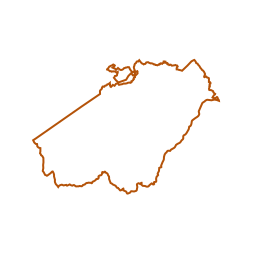 outline of Gualaca, Chiriquí, Panama, rotated 235°
{"feature_id": "35544464B22441081783437", "entity_name": "Gualaca", "entity_type": "district", "adm_level": 2, "iso_a3": "PAN", "parent_name": "Panama", "parent_adm1": "Chiriquí", "projection": "albers", "projection_center": [-82.239, 8.607], "detail": "fine", "context": "isolated", "style": "outline", "palette": "amber", "viewbox_px": 256, "rotation_deg": 235, "n_neighbors": 0, "source": "geoboundaries", "source_scale": "gbopen_adm2", "svg_char_len": 5882}
<svg xmlns="http://www.w3.org/2000/svg" viewBox="0 0 256 256"><g transform="rotate(235 128 128)"><path d="M69.0,121.2L70.0,121.7L70.5,122.1L71.6,123.4L72.2,125.7L72.7,125.9L73.3,125.9L73.6,126.1L75.1,128.8L77.4,130.7L77.3,131.0L77.3,131.5L76.9,132.2L76.9,132.9L78.2,133.6L80.2,136.7L81.2,138.6L81.9,139.5L83.7,140.9L85.3,142.9L85.9,144.5L85.9,145.5L86.4,146.5L86.5,147.1L86.4,147.8L85.1,149.4L85.6,150.8L85.3,153.8L85.3,154.8L85.5,155.6L86.6,157.7L86.6,159.3L86.2,162.0L86.5,163.3L87.1,164.7L87.3,166.5L87.8,167.3L89.4,168.4L89.8,168.9L90.0,169.5L89.8,171.2L90.1,172.5L90.5,173.5L92.2,177.1L94.0,178.9L93.8,180.2L94.3,181.4L95.2,182.5L97.0,184.2L97.3,184.8L97.4,185.5L97.5,188.9L97.4,191.0L97.5,192.4L97.9,193.4L98.3,194.1L98.8,194.5L100.7,195.3L101.2,195.7L105.8,203.2L105.9,204.6L105.8,205.9L106.0,207.0L105.9,208.4L105.6,209.2L102.8,212.3L101.7,215.1L100.0,216.8L98.1,218.1L98.7,218.4L100.5,218.4L101.6,218.8L102.1,218.8L102.4,218.6L102.3,217.3L102.6,216.3L103.8,215.0L104.5,214.7L105.5,216.9L105.7,217.8L105.7,218.7L105.2,219.3L106.5,218.7L108.2,218.4L109.1,218.8L109.5,218.8L111.5,217.7L112.0,216.9L112.6,216.4L113.6,216.8L114.0,217.2L114.5,218.0L115.1,218.2L115.3,219.1L115.9,219.4L116.2,219.2L116.5,219.4L117.1,220.1L117.1,221.0L117.5,221.4L117.9,221.5L118.4,221.5L118.8,220.8L119.2,220.6L121.7,222.4L122.4,222.8L122.8,222.7L124.1,221.7L125.2,221.7L125.4,221.3L125.8,221.1L125.5,220.8L125.8,220.4L125.8,219.8L126.0,219.7L126.6,220.0L126.7,220.6L127.3,221.0L127.6,221.6L128.0,222.1L130.4,222.5L132.0,222.4L133.3,221.9L134.4,222.0L135.7,221.8L137.6,222.0L138.9,221.9L139.6,221.7L140.8,221.9L142.0,221.1L143.6,221.5L145.7,221.4L145.9,220.8L146.2,218.2L145.0,212.4L143.9,205.1L144.7,204.6L146.8,202.7L147.4,202.4L148.1,201.5L148.8,201.9L149.3,202.4L149.7,203.1L149.8,203.9L150.9,204.1L151.7,203.3L152.4,203.0L152.7,202.1L153.9,199.7L155.4,199.3L155.9,197.8L156.8,197.8L157.3,197.0L157.7,196.8L158.0,196.9L158.4,197.5L158.6,197.5L159.4,196.8L160.1,195.8L160.4,195.8L161.0,196.6L161.3,196.3L160.9,195.9L161.8,195.5L162.0,195.3L161.0,194.2L161.2,193.5L161.0,192.8L161.8,192.4L161.9,191.9L162.2,191.8L162.2,191.5L161.9,191.1L161.9,190.9L162.4,190.8L162.5,190.5L162.3,190.3L161.9,190.3L161.9,190.1L162.4,188.9L162.5,188.0L163.3,187.4L163.8,186.7L164.4,186.6L164.6,186.3L165.1,186.1L165.2,185.7L166.5,185.2L167.4,184.5L168.1,183.4L168.8,183.1L169.2,182.7L170.4,182.2L171.2,180.6L170.6,179.0L171.1,178.0L171.1,177.4L171.6,177.3L172.5,176.6L174.2,176.2L177.1,176.1L176.6,174.6L177.2,174.0L177.4,173.2L176.7,171.9L176.6,170.4L175.9,169.4L175.4,169.1L174.9,168.1L174.2,167.5L173.0,167.0L171.0,166.5L170.9,166.2L171.1,163.6L173.3,163.3L174.9,163.3L177.2,163.7L178.1,162.6L178.3,161.6L178.9,160.6L178.9,160.0L179.3,159.1L179.0,158.0L179.0,156.9L179.5,155.5L180.6,154.8L182.9,154.2L182.5,151.8L183.1,151.5L184.1,151.4L184.9,150.8L186.3,150.0L186.4,152.0L186.7,153.0L187.1,153.0L188.4,152.4L188.5,152.1L188.5,150.4L188.9,149.3L188.8,148.6L189.0,147.8L188.3,146.1L188.1,144.6L187.9,144.4L187.3,144.9L186.3,145.4L184.8,145.8L184.4,146.6L183.5,146.9L183.0,148.3L182.4,148.8L181.9,149.7L181.1,150.2L180.4,150.2L180.1,150.4L179.8,150.9L179.8,151.7L179.2,151.3L178.6,150.3L177.5,149.2L177.4,148.5L178.0,147.4L178.1,147.1L177.3,145.8L177.2,145.3L174.0,145.5L170.8,146.3L168.6,154.2L170.4,158.1L171.1,162.0L170.9,162.2L170.5,162.1L168.5,162.2L168.1,162.3L167.7,164.3L168.0,164.9L169.4,165.0L169.6,166.7L169.2,168.2L168.6,168.1L168.2,167.5L167.6,167.4L167.2,167.1L166.7,164.4L166.9,163.6L165.6,162.8L165.8,162.3L165.8,161.6L165.1,161.1L165.1,160.8L164.6,160.7L164.5,159.9L164.2,159.5L164.3,159.0L164.2,158.1L164.3,157.6L164.1,157.5L163.8,157.7L163.7,157.6L163.6,157.3L163.8,156.9L163.5,156.1L163.7,155.8L164.2,155.5L164.8,154.5L165.2,153.6L165.2,152.8L166.1,150.9L166.9,150.1L167.2,148.4L168.0,146.8L168.5,145.4L170.5,145.3L171.1,143.5L170.3,141.2L172.0,140.3L171.7,139.3L171.3,136.8L171.6,137.3L172.9,137.7L173.3,137.7L174.0,138.4L174.8,138.5L175.3,138.9L175.2,137.6L175.4,136.5L175.6,136.0L175.4,135.7L175.3,134.7L175.7,133.9L175.8,133.4L175.4,132.3L175.7,131.8L176.1,131.7L176.5,131.0L175.9,129.7L175.2,129.2L174.7,126.7L174.2,126.1L171.9,124.6L172.2,102.4L172.3,46.5L172.4,43.3L169.9,42.9L167.9,43.3L167.0,44.3L165.0,43.2L164.6,43.2L163.2,43.5L161.8,44.7L159.1,42.8L157.7,41.4L156.3,41.5L155.6,41.2L154.2,41.7L152.0,41.5L148.3,39.0L146.3,37.2L143.7,35.6L142.0,33.8L141.6,33.5L140.3,33.6L137.1,33.2L136.0,34.0L135.4,34.2L135.3,34.7L135.4,38.7L135.8,40.6L135.7,41.2L135.5,41.4L133.5,41.1L132.1,40.6L130.7,39.6L127.3,38.4L126.6,37.7L125.5,37.1L123.5,36.7L121.2,37.0L119.7,37.0L120.1,38.0L120.2,38.8L120.0,39.9L119.6,41.1L119.1,41.6L118.0,42.2L116.8,44.8L115.9,44.9L115.7,45.1L115.2,47.9L114.1,48.3L113.1,49.0L112.7,49.4L112.6,50.3L112.3,51.0L110.0,51.9L108.5,54.2L108.4,54.9L106.8,56.7L106.8,57.6L107.1,58.5L106.5,60.2L106.8,61.4L106.6,62.8L106.2,63.3L105.9,64.3L105.4,64.8L104.7,65.8L103.6,66.6L103.6,67.0L104.3,68.1L104.0,69.3L103.9,71.4L104.3,72.7L104.0,73.7L103.6,74.0L103.7,74.8L104.1,75.5L105.2,76.0L105.4,76.4L105.4,77.4L104.8,78.8L104.8,79.4L105.4,80.5L106.4,81.3L106.6,81.7L106.4,82.1L105.6,82.4L105.5,84.0L105.1,84.2L104.4,84.0L103.4,84.7L102.1,85.0L100.4,84.5L99.9,84.6L99.2,84.6L97.9,83.9L97.2,83.3L92.9,82.2L91.7,82.9L90.4,83.2L89.4,83.8L87.8,84.7L85.5,84.7L84.6,85.5L84.0,85.4L83.0,85.7L81.6,85.7L81.2,86.0L81.0,86.7L80.9,87.7L81.2,88.7L81.0,89.4L80.7,89.3L79.5,88.5L77.2,89.9L76.5,90.0L75.4,89.7L74.7,89.8L74.3,90.6L73.9,92.6L74.4,94.0L74.3,94.5L72.5,96.6L71.9,98.4L71.9,99.0L72.2,99.7L72.8,100.2L74.3,101.8L76.1,102.6L76.7,103.0L76.9,103.5L76.9,104.0L76.6,105.1L75.2,105.8L75.5,107.3L75.3,107.7L75.0,107.6L74.7,106.8L74.4,106.6L73.5,106.6L72.2,106.9L70.7,108.7L69.4,109.5L68.6,110.6L68.5,111.7L68.8,112.5L69.1,115.5L68.7,115.8L67.3,116.2L67.0,116.8L67.2,117.4L68.3,117.8L68.7,118.5L68.1,119.5L67.9,120.1L68.1,120.5L69.0,121.2Z" fill="none" stroke="#b45309" stroke-width="2"/></g></svg>